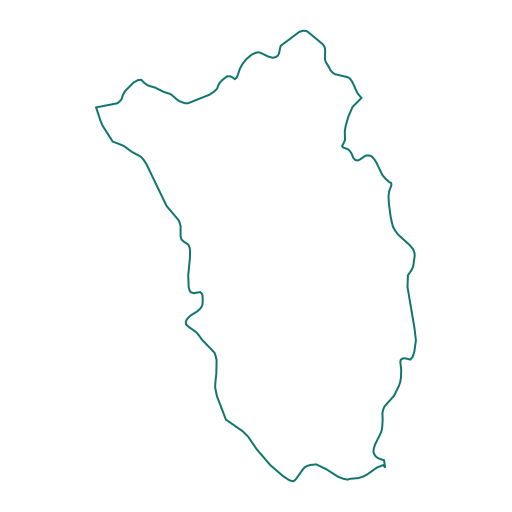 outline of Kilkenny
{"feature_id": "IRL-722", "entity_name": "Kilkenny", "entity_type": "County", "adm_level": 1, "iso_a3": "IRL", "parent_name": "Ireland", "parent_adm1": "", "projection": "mercator", "projection_center": [-7.22, 52.568], "detail": "fine", "context": "isolated", "style": "outline", "palette": "teal", "viewbox_px": 512, "rotation_deg": 0, "n_neighbors": 0, "source": "natural_earth", "source_scale": "10m", "svg_char_len": 2774}
<svg xmlns="http://www.w3.org/2000/svg" viewBox="0 0 512 512"><path d="M384.0,460.2L385.2,467.7L383.4,465.0L376.8,467.6L367.1,474.5L363.1,476.6L358.3,478.1L350.0,478.8L347.7,479.6L343.7,478.9L338.1,476.8L326.6,469.4L316.3,464.4L310.9,464.9L307.5,465.8L304.9,467.2L303.4,468.7L296.6,478.2L295.2,479.9L293.3,481.3L289.4,480.3L282.9,476.0L270.4,465.2L256.5,449.0L248.0,436.5L242.6,431.2L225.9,419.6L216.9,396.1L215.1,387.1L215.5,381.0L216.3,373.9L216.6,360.2L215.6,355.8L214.4,352.6L201.8,339.5L199.2,335.7L196.2,332.2L188.2,326.5L186.0,324.4L185.8,322.1L186.5,320.0L187.9,318.1L190.9,315.3L197.1,311.5L200.5,308.4L201.6,306.7L202.3,305.1L202.6,303.4L202.7,301.2L202.6,295.8L201.8,293.6L200.2,292.1L193.5,293.2L190.6,292.1L189.4,289.9L188.7,287.1L188.2,275.4L189.9,258.4L190.1,251.2L189.6,247.5L188.3,244.6L183.9,241.7L181.5,239.5L180.6,236.3L180.6,226.3L179.7,222.9L178.7,220.3L166.6,206.0L146.4,164.1L143.6,159.8L142.1,158.0L140.5,156.5L131.9,151.9L124.3,146.3L122.1,145.2L112.6,141.5L102.7,125.9L100.6,121.1L96.1,107.4L117.3,103.3L119.6,101.5L121.6,99.2L122.7,95.5L125.1,91.0L133.6,82.5L138.0,80.1L141.3,79.8L142.8,81.5L145.1,83.5L148.2,85.6L155.1,87.6L163.6,91.9L169.5,93.7L171.3,94.6L176.9,99.5L179.6,101.3L184.8,103.2L187.9,103.3L209.5,94.7L214.3,91.5L217.2,88.5L218.0,86.0L219.6,83.0L222.1,80.2L226.9,76.4L230.0,76.3L232.4,77.3L234.8,79.1L236.3,78.1L237.4,76.2L239.8,69.0L242.1,64.6L243.9,62.1L246.4,59.1L251.4,54.8L254.9,53.1L258.0,52.3L260.5,52.8L268.1,56.5L272.8,57.8L275.7,57.1L277.7,55.7L279.0,53.4L280.1,48.1L280.7,45.8L299.4,31.8L303.3,30.7L306.3,31.0L308.3,32.2L322.7,44.2L324.1,46.1L324.9,48.2L325.2,50.9L324.9,56.9L325.1,59.8L325.8,62.1L328.4,66.2L330.5,70.3L332.3,72.3L334.9,74.2L347.5,77.1L349.6,78.4L351.1,80.1L352.4,82.2L354.4,86.4L355.3,88.6L357.4,93.1L361.4,98.0L352.6,106.9L348.4,116.4L345.7,125.8L344.8,131.3L345.0,140.0L343.8,142.8L342.1,146.0L343.1,147.5L347.8,149.2L349.8,150.9L351.5,153.5L353.3,157.8L355.3,160.0L357.6,160.5L359.6,159.7L365.4,155.8L367.6,155.4L369.9,155.6L372.1,156.7L374.3,159.3L376.5,162.7L382.0,174.3L382.4,175.1L385.5,178.7L388.9,181.8L391.1,183.0L391.4,184.5L391.1,186.2L389.8,189.3L389.0,192.1L388.5,197.0L388.9,203.5L390.6,216.5L391.9,222.6L393.0,226.9L395.4,231.0L398.1,234.6L409.7,245.1L413.1,249.2L414.4,252.5L414.7,255.6L413.5,264.4L412.9,267.2L411.8,269.7L407.9,275.3L407.5,287.1L414.5,328.3L415.9,340.4L414.3,351.8L412.6,357.0L410.3,359.6L405.7,358.4L403.3,358.3L400.8,359.7L400.3,361.8L401.2,369.6L401.0,377.7L400.1,382.4L398.7,386.3L395.0,393.9L393.6,396.3L384.5,406.4L383.0,410.1L382.4,413.4L382.6,416.9L382.6,421.0L382.2,427.1L381.7,430.2L380.5,433.6L375.1,444.4L373.8,448.5L373.4,451.9L374.3,454.2L375.5,456.2L377.1,457.5L379.8,458.9L382.5,459.8L384.0,460.2Z" fill="none" stroke="#0f766e" stroke-width="2"/></svg>